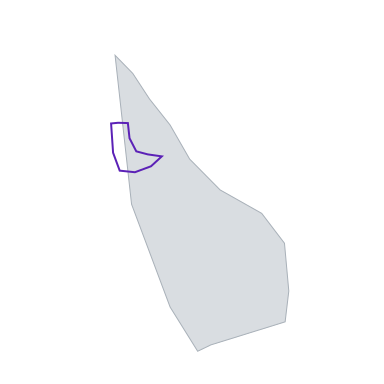 Gamprin highlighted on a map of Liechtenstein, rotated 337°
{"feature_id": "LIE-4897", "entity_name": "Gamprin", "entity_type": "state/province", "adm_level": 1, "iso_a3": "LIE", "parent_name": "Liechtenstein", "parent_adm1": "", "projection": "mercator", "projection_center": [9.505, 47.21], "detail": "fine", "context": "in_parent", "style": "outline", "palette": "violet", "viewbox_px": 384, "rotation_deg": 337, "n_neighbors": 0, "source": "natural_earth", "source_scale": "10m", "svg_char_len": 547}
<svg xmlns="http://www.w3.org/2000/svg" viewBox="0 0 384 384"><g transform="rotate(337 192 192)"><path d="M227.0,347.9L149.6,340.1L135.0,340.8L126.9,289.4L131.6,179.6L174.6,36.1L183.8,59.7L189.2,89.7L198.0,121.7L202.7,160.8L218.7,201.1L247.8,238.9L257.1,275.3L242.4,321.0L227.0,347.9Z" fill="#d9dde1" stroke="#a8b0b8" stroke-width="1"/><path d="M133.8,144.1L134.7,125.0L144.3,97.3L151.0,99.4L159.9,103.5L155.5,118.1L156.6,132.8L166.0,140.1L178.1,147.4L164.3,152.3L147.2,151.5L133.8,144.1Z" fill="none" stroke="#5b21b6" stroke-width="2"/></g></svg>